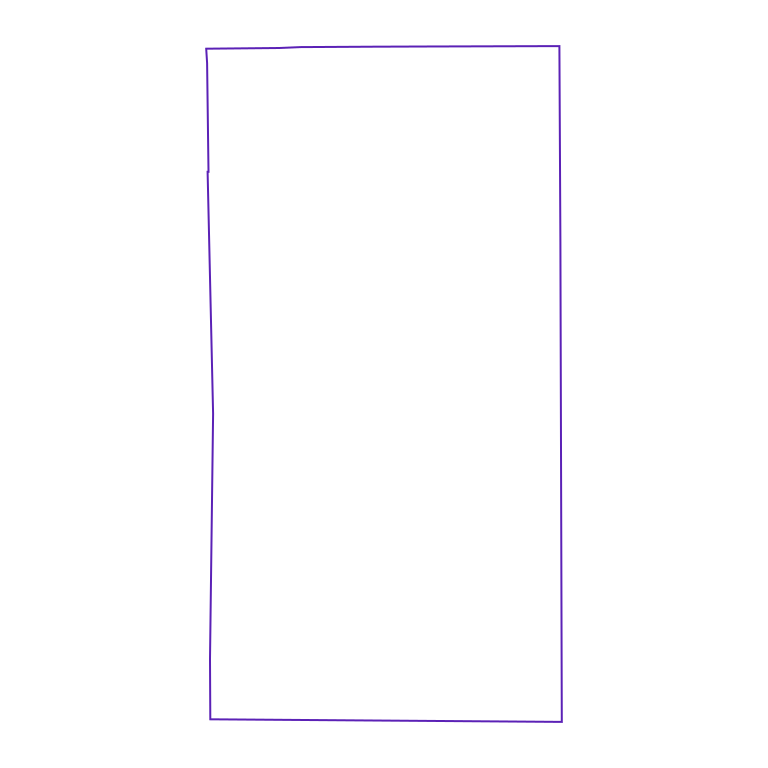 Platte, Wyoming, United States of America (Natural Earth projection)
{"feature_id": "52423323B10745128223313", "entity_name": "Platte", "entity_type": "district", "adm_level": 2, "iso_a3": "USA", "parent_name": "United States of America", "parent_adm1": "Wyoming", "projection": "natural_earth1", "projection_center": [-105.065, 42.131], "detail": "fine", "context": "isolated", "style": "outline", "palette": "violet", "viewbox_px": 768, "rotation_deg": 0, "n_neighbors": 0, "source": "geoboundaries", "source_scale": "gbopen_adm2", "svg_char_len": 299}
<svg xmlns="http://www.w3.org/2000/svg" viewBox="0 0 768 768"><path d="M426.9,46.5L372.7,46.7L300.5,47.1L279.4,48.0L206.2,48.7L207.1,63.1L208.5,171.8L207.6,171.8L213.1,413.8L210.0,659.0L210.3,719.3L561.8,721.9L560.4,242.3L559.4,46.1L426.9,46.5Z" fill="none" stroke="#5b21b6" stroke-width="2"/></svg>